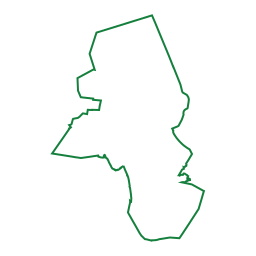 Wierden, Overijssel, Netherlands (Albers equal-area conic projection)
{"feature_id": "6326949B51321432196028", "entity_name": "Wierden", "entity_type": "district", "adm_level": 2, "iso_a3": "NLD", "parent_name": "Netherlands", "parent_adm1": "Overijssel", "projection": "albers", "projection_center": [6.562, 52.343], "detail": "fine", "context": "isolated", "style": "outline", "palette": "green", "viewbox_px": 256, "rotation_deg": 0, "n_neighbors": 0, "source": "geoboundaries", "source_scale": "gbopen_adm2", "svg_char_len": 5036}
<svg xmlns="http://www.w3.org/2000/svg" viewBox="0 0 256 256"><path d="M173.3,66.7L173.2,66.8L172.1,64.0L171.7,62.9L171.3,62.0L171.3,61.9L168.7,55.4L165.8,48.4L162.8,41.2L155.1,22.6L152.0,15.4L135.2,20.6L134.9,20.7L96.5,32.6L89.6,53.8L94.7,69.8L93.4,69.5L77.5,78.1L78.0,90.6L80.4,96.3L80.8,97.2L83.1,97.5L93.2,98.6L93.1,99.8L100.9,100.5L100.5,102.5L99.7,105.9L99.4,108.0L99.1,110.0L92.2,109.8L92.2,110.0L89.5,109.9L87.8,109.8L87.2,113.3L87.1,114.1L84.8,113.7L82.9,113.4L82.7,113.5L79.6,116.7L77.9,117.9L73.2,118.8L72.9,119.1L71.6,123.9L71.6,124.0L71.2,124.4L71.0,124.6L70.8,124.7L70.4,124.8L69.2,125.1L69.7,125.8L70.0,126.3L70.4,126.8L70.9,127.3L70.4,127.8L70.0,128.0L69.2,128.4L69.4,128.7L61.5,140.1L56.1,147.8L53.4,151.7L52.1,153.5L71.8,156.6L74.6,157.1L77.5,157.5L80.2,157.9L81.0,158.0L88.2,157.0L98.2,155.5L98.3,155.7L98.3,155.9L98.2,156.4L98.2,156.5L98.3,156.6L99.1,156.9L100.1,157.2L100.9,157.4L101.6,157.5L102.3,157.6L103.1,157.6L103.7,157.5L103.9,157.3L104.0,157.3L104.0,157.2L103.9,157.1L103.9,156.8L103.8,156.2L103.8,155.9L104.1,155.3L104.5,154.9L104.8,155.0L105.0,155.6L105.3,156.0L105.4,156.5L105.5,156.9L105.7,157.2L105.8,157.3L105.8,157.5L105.9,157.8L106.1,157.9L106.3,158.0L106.7,158.2L107.2,158.6L107.4,158.8L107.4,159.0L107.5,159.1L107.6,159.3L107.6,159.5L107.8,159.6L108.0,160.0L108.1,160.3L108.2,160.5L108.3,160.6L108.7,161.6L108.7,161.8L108.8,161.9L109.0,162.4L109.6,163.5L110.4,165.1L110.8,165.5L111.0,166.2L111.1,166.4L111.2,166.7L111.6,167.4L111.8,167.6L112.0,167.9L112.0,168.0L112.1,168.3L112.4,168.5L113.1,168.9L113.3,169.0L113.8,169.3L114.0,169.2L114.9,169.6L115.1,169.7L115.2,169.8L114.9,169.8L114.9,170.0L115.5,170.3L115.6,170.1L115.8,170.0L116.5,170.0L116.9,170.2L117.3,170.0L117.6,169.8L117.7,169.7L117.8,169.7L118.0,169.7L118.4,169.8L120.0,168.7L119.9,168.5L119.9,168.4L121.0,167.5L120.8,167.8L120.7,167.9L121.0,167.9L121.3,167.3L122.1,166.8L122.3,166.8L122.5,166.7L122.8,166.4L123.4,166.0L123.4,165.9L123.6,166.3L124.1,167.5L125.2,170.2L127.1,174.5L127.1,175.3L127.4,175.3L127.5,175.4L127.6,175.7L128.0,176.9L128.3,177.8L128.4,178.3L128.6,179.2L128.9,180.7L129.2,182.7L129.7,185.8L129.7,186.0L129.6,186.3L129.5,186.5L129.6,186.8L129.6,187.0L129.9,187.6L130.0,187.7L130.8,193.3L130.9,194.2L131.0,195.0L131.1,195.9L131.1,196.3L131.2,197.2L131.3,198.0L131.3,198.7L131.1,201.5L130.8,201.4L130.7,201.4L130.7,201.5L130.3,201.3L130.1,201.1L130.2,202.1L129.1,207.0L128.0,212.3L128.2,212.9L132.7,220.9L134.9,224.7L138.4,230.9L139.4,232.7L141.3,235.6L144.9,239.1L146.4,239.3L151.5,240.6L151.6,240.3L155.0,240.2L156.5,240.0L158.8,239.4L159.1,239.2L161.9,238.8L169.9,237.5L179.4,238.2L182.2,234.1L188.2,225.0L188.7,224.3L191.0,220.7L197.1,211.3L198.6,209.0L201.1,200.6L201.8,198.2L203.9,191.0L203.6,190.9L191.8,184.4L181.7,182.3L182.3,182.1L182.9,182.1L183.1,182.1L183.7,182.1L183.8,182.1L184.0,182.1L184.7,182.3L185.0,182.2L185.5,181.9L185.7,181.7L185.8,181.5L185.9,181.4L186.7,181.1L187.5,180.9L187.6,180.7L188.1,179.8L188.5,179.8L188.5,180.0L188.7,180.3L188.8,180.3L189.7,180.1L189.9,180.0L190.0,180.0L190.0,179.9L189.9,179.6L189.9,179.4L189.9,179.2L189.8,178.9L189.7,178.8L189.3,178.7L189.0,178.7L188.9,178.7L188.7,178.8L188.3,178.7L187.4,179.2L187.4,178.6L187.2,178.1L187.7,177.5L187.7,177.4L188.0,176.9L188.1,176.4L187.9,176.4L187.8,176.2L187.7,176.1L187.8,176.0L187.8,175.9L187.7,175.8L187.4,175.4L187.2,175.2L186.8,175.0L185.0,173.9L184.9,173.8L184.8,173.7L184.7,173.7L184.2,173.5L183.8,173.5L183.7,173.5L183.2,174.1L183.1,174.3L183.0,174.6L182.9,174.9L182.4,174.9L181.8,174.8L181.7,174.8L180.8,174.8L180.4,175.1L180.3,175.3L179.6,175.5L179.5,175.4L179.4,175.5L179.3,175.4L179.1,175.2L178.8,175.2L181.3,171.0L182.1,169.6L183.9,168.8L183.8,168.4L183.6,167.2L183.8,167.3L184.1,167.2L184.4,167.0L184.6,166.9L185.0,166.8L185.2,166.6L185.3,166.5L185.4,166.4L185.4,166.1L185.6,165.9L185.8,165.8L186.1,165.8L186.1,165.7L186.3,165.6L186.3,165.4L186.5,164.9L186.5,164.7L186.4,164.5L186.3,164.3L186.2,164.0L186.1,163.8L186.1,163.6L188.3,160.2L192.0,154.0L189.7,149.5L189.0,149.0L188.1,148.5L186.7,147.6L185.6,146.8L184.5,146.0L183.0,144.8L181.8,143.7L180.6,142.5L179.4,141.3L178.8,140.6L177.6,139.2L176.3,137.6L176.0,137.1L174.5,134.9L174.0,134.1L173.9,133.8L173.5,133.1L173.3,132.5L173.2,132.3L173.2,132.1L173.2,131.3L173.2,131.1L173.2,130.9L172.9,130.2L172.7,129.7L172.8,129.7L172.2,128.6L173.2,128.2L175.4,127.3L177.1,126.6L177.6,126.4L178.0,126.2L178.4,125.9L178.7,125.6L181.8,119.7L182.0,119.2L182.3,118.3L182.6,117.5L183.4,115.2L183.5,114.6L183.6,114.4L183.5,114.1L183.4,113.7L183.4,113.4L183.4,113.1L183.5,112.7L183.6,112.0L183.6,111.9L183.7,111.5L183.9,111.1L184.3,110.4L184.6,110.2L184.8,109.9L185.4,109.4L185.8,109.2L186.2,109.0L187.1,108.6L187.6,108.1L188.5,102.5L188.7,100.7L188.8,100.3L188.8,99.9L188.8,99.5L188.8,99.1L188.7,98.8L188.5,98.0L188.4,97.6L188.3,97.2L188.1,96.9L187.9,96.6L187.7,96.3L187.4,95.7L186.8,94.9L184.4,93.5L183.3,92.9L183.2,92.9L182.9,92.6L182.7,92.4L182.5,92.1L182.3,91.8L182.2,91.5L182.1,91.2L180.5,84.8L180.3,84.2L173.3,66.7Z" fill="none" stroke="#15803d" stroke-width="2"/></svg>